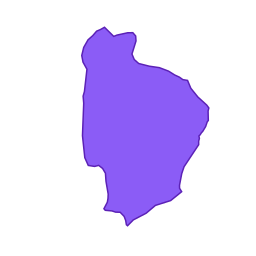 the border of Tadla - Azilal, rotated 119°
{"feature_id": "MAR-1453", "entity_name": "Tadla - Azilal", "entity_type": "Region", "adm_level": 1, "iso_a3": "MAR", "parent_name": "Morocco", "parent_adm1": "", "projection": "orthographic", "projection_center": [-6.449, 32.083], "detail": "fine", "context": "isolated", "style": "filled", "palette": "violet", "viewbox_px": 256, "rotation_deg": 119, "n_neighbors": 0, "source": "natural_earth", "source_scale": "10m", "svg_char_len": 979}
<svg xmlns="http://www.w3.org/2000/svg" viewBox="0 0 256 256"><g transform="rotate(119 128 128)"><path d="M157.7,50.2L170.8,55.5L182.4,66.5L193.7,70.8L205.8,78.8L213.7,81.0L213.4,82.5L210.0,85.2L207.2,88.5L205.5,94.0L207.6,98.1L208.3,101.8L211.0,108.0L210.3,109.9L202.9,110.1L199.2,111.4L195.4,113.3L185.3,121.4L178.5,125.8L175.7,130.6L174.9,135.5L177.8,138.6L180.0,144.6L174.9,151.4L156.8,164.1L127.9,178.7L121.9,182.7L117.2,183.8L96.5,192.4L92.2,199.3L87.0,203.6L79.0,205.8L70.2,205.7L64.3,203.6L58.5,202.4L55.2,199.8L51.3,197.4L54.8,184.9L52.1,182.7L44.9,174.5L42.3,170.0L43.8,165.9L48.0,163.2L61.4,160.4L65.1,155.7L66.4,149.9L63.6,139.3L60.0,129.8L58.6,120.1L59.0,113.0L58.6,107.7L59.1,103.5L57.5,99.0L62.8,92.3L67.0,82.0L69.8,70.2L71.3,67.0L74.3,66.2L82.5,61.4L84.2,61.7L89.1,60.8L94.7,61.0L96.7,61.5L98.9,61.6L100.6,62.1L102.5,60.5L105.3,59.8L108.3,58.1L134.7,60.2L141.8,58.9L153.1,55.2L155.7,53.7L157.7,50.2Z" fill="#8b5cf6" stroke="#5b21b6" stroke-width="1.5"/></g></svg>